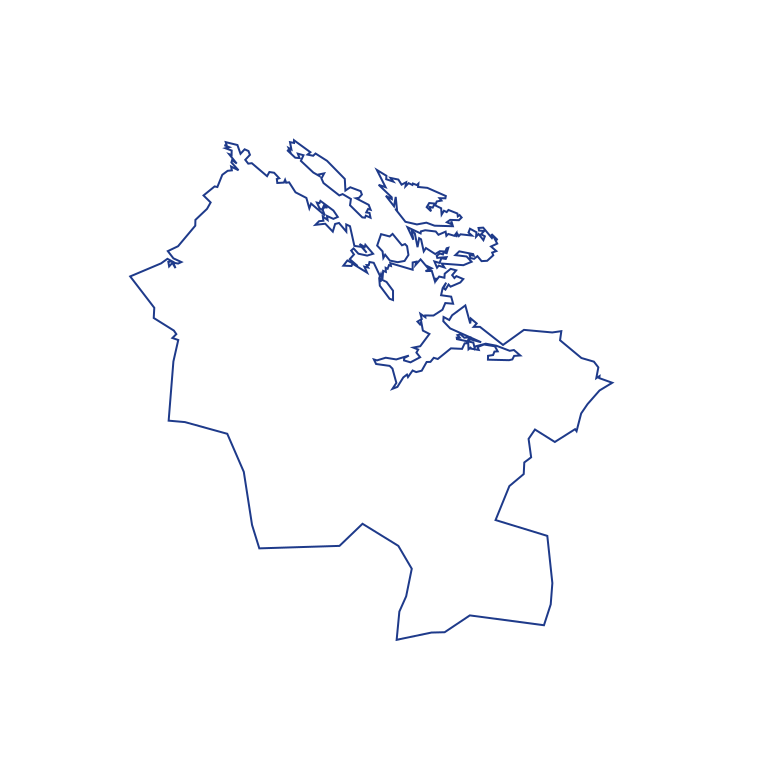 outline of Tvedestrand nor, Aust-Agder, Norway, rotated 250°
{"feature_id": "86288312B79556045752597", "entity_name": "Tvedestrand nor", "entity_type": "district", "adm_level": 2, "iso_a3": "NOR", "parent_name": "Norway", "parent_adm1": "Aust-Agder", "projection": "mercator", "projection_center": [9.012, 58.625], "detail": "fine", "context": "isolated", "style": "outline", "palette": "blue", "viewbox_px": 768, "rotation_deg": 250, "n_neighbors": 0, "source": "geoboundaries", "source_scale": "gbopen_adm2", "svg_char_len": 6170}
<svg xmlns="http://www.w3.org/2000/svg" viewBox="0 0 768 768"><g transform="rotate(250 384 384)"><path d="M575.7,223.3L573.6,215.8L571.9,182.3L534.2,194.2L524.8,190.2L506.1,204.8L501.9,205.9L499.6,200.9L495.7,205.7L477.2,193.8L423.2,169.1L416.3,183.9L390.8,219.7L349.4,222.2L296.7,211.8L272.2,210.6L247.1,286.8L260.0,316.0L227.0,342.1L200.9,346.9L176.9,332.2L164.9,320.6L139.3,308.4L134.2,343.6L130.0,356.1L137.2,385.5L102.6,451.8L119.9,465.3L139.3,474.1L185.4,485.5L218.0,442.3L245.2,466.9L251.6,484.5L262.3,489.0L264.8,497.2L283.0,501.1L289.6,510.3L271.1,524.7L276.2,548.1L273.8,548.8L288.9,559.2L295.5,568.4L304.2,584.3L307.1,598.9L315.9,588.3L317.7,589.2L316.9,585.5L326.3,591.1L333.2,588.9L340.9,578.4L364.9,564.4L373.0,568.7L374.9,559.7L387.0,534.0L380.0,509.2L404.9,493.7L407.0,487.8L409.2,491.8L415.8,488.0L411.4,485.7L430.0,487.3L425.3,471.5L421.8,467.2L426.6,462.9L422.7,461.2L413.6,465.2L390.0,489.6L396.3,480.6L395.7,477.1L398.6,480.5L400.0,475.3L404.5,472.9L404.8,469.8L401.8,471.0L402.7,468.2L401.2,467.9L392.4,482.1L386.9,481.5L388.1,482.6L387.1,493.4L381.6,502.6L372.2,513.5L371.5,517.7L364.2,521.8L365.9,515.9L363.2,513.0L363.6,509.7L371.3,490.0L374.9,491.4L373.9,496.4L376.7,498.9L375.8,502.0L381.5,501.1L386.9,491.5L386.7,484.6L383.6,484.7L388.0,476.9L388.9,478.6L387.7,475.3L393.5,477.1L394.6,473.7L390.3,469.4L394.6,459.1L389.1,443.1L391.6,439.7L388.9,435.2L390.1,431.6L383.6,424.0L384.2,418.3L386.9,415.5L382.3,408.9L385.0,408.8L383.6,404.4L376.7,395.6L376.6,390.3L380.8,396.0L395.6,397.2L399.1,395.5L405.5,383.4L410.5,382.9L408.6,385.5L408.1,394.6L402.9,403.9L402.2,417.1L401.5,411.8L399.3,410.9L395.3,416.3L396.8,427.1L402.4,425.2L404.7,427.9L408.2,424.0L407.1,431.0L415.5,443.8L420.9,438.8L429.8,440.3L427.7,438.2L431.2,436.8L432.1,441.7L437.5,442.2L432.6,445.7L434.3,446.2L431.4,453.9L433.8,464.3L439.1,469.3L435.8,476.4L443.1,477.0L447.9,468.0L454.0,471.9L458.0,477.1L453.8,472.6L451.7,474.0L455.4,478.7L452.7,479.8L453.3,490.4L455.5,494.4L460.6,488.9L459.5,486.4L463.0,485.3L466.1,490.7L469.4,486.0L466.9,478.8L463.2,477.1L466.1,472.6L463.5,468.5L466.0,468.9L463.3,467.0L473.9,467.6L475.9,461.6L476.4,468.4L478.8,466.1L476.7,466.5L477.4,465.1L488.6,461.0L485.1,454.4L487.9,456.2L488.4,452.5L481.6,450.0L495.4,431.3L492.6,430.9L494.0,429.3L491.0,426.8L492.6,425.3L488.7,424.1L490.6,421.9L483.3,418.5L488.3,418.8L484.7,415.8L481.1,415.8L483.6,416.9L479.0,421.3L468.6,424.4L459.8,421.2L462.2,418.4L477.8,413.7L485.1,415.7L486.9,417.2L501.4,415.8L503.6,412.1L501.0,410.4L501.7,408.4L498.9,408.9L500.9,405.7L494.4,406.2L507.8,395.6L506.0,393.8L509.1,386.3L512.6,391.8L503.9,399.6L513.0,394.5L516.0,400.1L520.6,398.8L521.8,401.8L515.2,404.5L510.4,412.1L510.1,418.3L521.2,414.1L519.3,412.7L523.9,409.0L513.3,412.6L520.5,409.8L523.9,403.4L543.9,406.0L546.8,403.1L540.1,400.7L550.7,396.8L551.1,392.8L544.7,388.0L554.7,383.6L557.0,374.0L559.2,378.7L558.1,382.9L562.3,383.8L557.4,387.1L561.4,387.9L556.5,392.9L556.8,397.7L564.3,395.8L577.8,386.9L576.0,385.2L577.4,383.0L571.1,383.5L568.9,385.4L572.1,388.4L569.1,391.2L570.5,388.3L568.7,385.9L562.6,386.1L578.5,377.2L574.6,373.9L585.4,374.7L594.4,366.4L606.0,363.8L606.6,360.9L609.7,360.9L607.5,358.8L609.4,352.5L613.3,353.4L613.2,355.9L620.1,353.0L622.4,348.8L619.3,345.2L636.7,335.3L637.5,331.8L642.1,330.3L645.2,336.4L649.3,336.3L652.2,333.3L649.4,327.9L658.7,328.0L665.4,318.0L662.2,317.8L662.9,315.7L659.5,319.5L659.8,315.6L655.5,320.7L651.3,319.1L652.9,317.1L641.5,321.0L646.4,317.9L644.4,316.4L634.6,320.4L640.6,314.7L636.8,314.1L637.8,310.0L635.9,303.6L626.1,294.8L627.6,292.4L622.9,278.9L613.9,283.2L609.1,277.6L602.7,262.9L597.3,260.8L583.9,237.6L582.8,226.3L574.1,229.1L567.9,235.3L567.6,231.7L570.1,227.4L564.2,227.7L570.2,226.6L568.0,222.3L572.5,223.1L571.8,226.8L575.7,223.3ZM573.0,447.1L556.8,455.1L555.1,454.6L560.2,450.1L547.6,454.2L555.8,459.0L543.3,455.8L544.6,454.5L529.1,459.6L522.7,469.5L521.1,479.0L515.5,485.6L508.7,502.7L513.8,503.0L511.4,501.7L514.5,498.4L515.6,502.3L512.3,510.4L513.9,513.9L516.9,512.8L516.3,510.7L519.1,511.3L525.5,504.1L524.1,501.7L526.3,499.6L523.5,496.1L529.6,497.8L535.2,492.4L533.1,490.1L534.9,487.4L530.2,487.3L535.6,484.6L538.6,488.4L535.7,494.4L537.5,496.0L536.7,500.7L539.6,499.7L537.5,505.2L539.5,506.4L553.5,491.8L557.5,483.4L560.5,484.8L559.7,482.9L562.5,479.7L561.3,478.8L564.3,475.8L562.4,471.8L566.0,473.8L565.3,468.7L571.2,467.4L575.4,460.6L571.0,462.0L575.7,456.1L578.8,457.5L587.6,450.5L568.4,452.8L573.0,447.1ZM523.3,459.7L509.5,460.9L518.1,462.5L515.0,464.5L501.1,462.3L509.0,466.9L507.3,468.3L495.0,466.7L497.4,469.9L488.6,476.6L489.7,481.9L487.5,486.9L490.1,489.3L490.0,491.0L485.5,487.6L487.4,484.9L485.6,483.7L487.5,481.1L486.4,477.4L484.3,477.2L481.8,486.2L480.4,484.8L482.5,480.9L478.8,477.6L481.9,473.3L475.1,473.6L476.5,475.9L472.9,480.6L477.4,479.5L468.5,499.2L468.9,508.1L475.6,505.2L480.7,495.1L482.9,500.1L475.6,512.2L473.9,512.2L475.9,508.6L472.8,508.2L470.8,511.5L472.2,515.5L466.1,517.7L464.5,523.1L467.6,530.7L470.5,530.6L470.5,535.0L476.6,531.6L477.2,538.4L483.1,537.6L480.5,540.0L488.1,536.3L485.0,536.3L484.2,535.3L497.0,530.7L498.3,526.2L495.7,525.8L493.5,530.5L491.5,526.4L488.3,529.3L485.2,526.6L492.6,524.2L490.9,520.9L495.0,522.8L500.5,517.9L497.4,515.2L493.4,517.4L498.5,507.1L497.4,504.9L499.7,504.4L497.4,502.2L501.0,503.6L499.2,500.8L503.0,495.7L501.9,493.3L506.1,494.0L505.6,486.2L509.6,484.8L514.4,475.3L514.8,470.9L513.0,469.9L523.3,459.7ZM636.9,373.0L627.0,378.0L625.2,381.9L629.9,381.8L626.5,386.6L622.1,382.2L606.9,389.9L601.4,394.5L603.2,394.4L602.4,399.8L598.5,395.5L593.5,395.9L576.5,406.5L576.6,410.1L569.2,416.2L563.6,413.2L548.0,420.6L546.8,423.0L548.4,424.5L544.9,428.2L549.7,428.9L551.3,426.0L553.9,428.9L552.3,431.0L557.6,430.9L568.1,421.2L567.5,424.1L569.6,428.0L573.2,428.0L580.4,419.6L579.0,413.9L590.1,417.3L613.2,406.8L624.0,398.5L622.7,395.5L625.7,390.6L627.0,394.1L643.8,382.8L641.3,381.9L643.4,378.4L636.0,377.2L638.4,375.1L635.0,375.3L636.9,373.0ZM516.4,424.9L509.1,428.0L502.7,426.5L505.1,429.3L498.0,431.7L493.8,438.5L492.6,445.4L496.9,451.1L505.6,452.8L508.3,451.6L508.2,448.3L522.1,443.4L520.7,439.8L525.8,432.5L516.4,424.9Z" fill="none" stroke="#1e3a8a" stroke-width="2"/></g></svg>